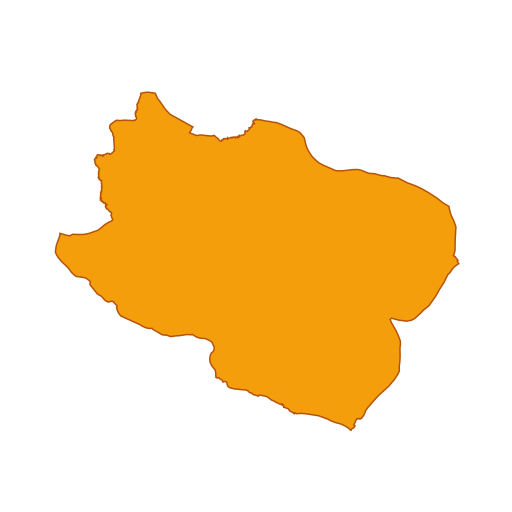 Nong Bun Mak, Nakhon Ratchasima, Thailand, rotated 294°
{"feature_id": "78962969B63002295822353", "entity_name": "Nong Bun Mak", "entity_type": "district", "adm_level": 2, "iso_a3": "THA", "parent_name": "Thailand", "parent_adm1": "Nakhon Ratchasima", "projection": "natural_earth1", "projection_center": [102.371, 14.724], "detail": "fine", "context": "isolated", "style": "filled", "palette": "amber", "viewbox_px": 512, "rotation_deg": 294, "n_neighbors": 0, "source": "geoboundaries", "source_scale": "gbopen_adm2", "svg_char_len": 5980}
<svg xmlns="http://www.w3.org/2000/svg" viewBox="0 0 512 512"><g transform="rotate(294 256 256)"><path d="M197.0,67.7L194.9,68.5L184.3,69.3L178.0,71.1L176.9,72.2L174.5,75.3L171.9,80.4L169.0,88.7L165.8,94.5L164.4,98.8L164.3,100.4L166.2,106.9L166.6,109.6L165.6,114.2L165.2,114.9L164.6,115.3L163.1,115.5L162.3,116.1L161.9,116.7L156.9,126.4L156.2,131.6L154.3,135.5L153.8,138.0L153.8,139.6L156.2,142.9L156.3,143.5L154.1,149.0L153.4,149.6L152.0,149.6L151.2,150.6L149.8,151.5L147.8,153.9L146.2,157.0L146.1,178.3L145.7,180.4L145.6,184.2L146.0,186.5L146.7,188.7L147.7,190.3L147.0,191.8L145.9,202.4L146.7,205.2L147.1,205.4L147.4,206.8L147.6,210.4L147.7,210.9L150.6,215.5L151.8,218.0L156.2,224.9L157.7,228.9L158.4,229.9L157.8,234.4L158.0,237.0L158.4,239.1L159.9,243.1L159.9,247.4L159.8,248.9L159.2,251.0L155.5,255.0L153.5,255.8L151.5,255.8L149.2,254.7L147.1,254.6L143.1,255.6L140.5,257.1L139.3,258.3L137.3,260.9L135.3,265.0L132.7,266.9L130.0,268.1L129.4,268.9L128.8,268.8L128.8,270.4L129.6,271.3L129.7,271.8L129.0,273.1L128.9,275.5L128.7,275.9L127.5,276.7L127.4,277.2L127.7,277.6L128.6,278.2L128.9,280.0L128.4,280.9L126.0,282.6L125.4,283.6L125.0,285.5L125.7,290.0L128.7,299.1L129.5,301.1L129.6,303.1L128.6,305.7L129.0,307.2L128.8,308.5L128.4,309.2L128.3,310.4L128.7,312.3L128.9,315.1L130.2,315.5L130.6,316.0L131.9,322.6L131.7,324.7L130.8,328.1L130.7,329.5L130.9,331.1L130.6,332.3L130.4,336.8L130.5,339.1L131.4,339.4L131.4,340.9L130.3,340.8L130.2,342.7L129.1,342.9L129.3,343.7L129.5,347.6L128.8,349.2L128.2,349.5L128.0,353.0L127.4,355.0L128.6,355.2L128.3,357.0L129.2,358.3L129.5,359.6L130.4,360.7L132.2,365.9L135.5,378.1L136.2,387.9L135.9,391.2L136.1,395.6L137.1,402.4L136.9,406.8L136.2,411.2L135.5,412.4L135.4,413.7L137.0,413.7L137.9,414.6L139.2,415.3L141.0,415.6L141.5,414.0L144.9,414.3L146.2,414.0L148.5,414.4L148.5,415.3L149.6,416.4L149.3,417.3L150.6,418.4L154.9,419.3L159.4,419.1L163.3,419.9L172.2,422.6L178.7,424.8L190.7,430.1L198.7,432.5L205.7,433.7L209.3,433.7L213.1,431.9L219.3,429.9L223.5,428.2L230.1,425.1L234.4,423.7L237.2,422.3L241.7,417.8L244.9,414.1L250.4,406.6L252.6,404.3L254.3,405.1L255.4,412.2L257.7,420.0L260.5,424.1L263.4,426.4L270.5,429.5L274.7,431.0L280.8,434.2L292.9,436.6L300.1,437.2L308.3,438.5L317.0,438.8L319.8,440.0L324.1,440.7L327.1,441.7L331.5,444.3L333.1,441.9L334.1,442.3L336.4,438.2L336.6,436.2L339.4,436.1L342.4,435.4L351.7,431.4L363.9,426.8L368.6,422.4L372.8,417.4L378.7,412.7L379.8,412.1L380.6,405.1L382.5,397.7L384.1,387.7L384.8,380.5L385.0,373.2L384.4,364.2L385.0,353.9L384.2,352.4L382.5,347.2L381.5,340.5L380.4,337.4L379.4,330.9L377.4,325.3L377.1,316.9L376.4,313.8L374.3,309.3L368.6,299.7L366.7,295.1L366.4,293.7L366.3,280.9L366.7,275.3L368.9,268.7L370.0,266.3L373.1,261.4L375.6,258.4L379.0,255.4L383.3,252.3L384.2,251.1L386.3,246.6L386.8,245.0L387.0,242.8L386.5,235.1L386.6,226.6L386.2,220.2L385.3,217.8L384.2,212.8L383.4,210.7L382.4,205.7L381.0,201.1L381.3,200.3L380.9,200.0L380.1,200.4L379.6,199.0L377.6,198.4L377.3,198.7L377.2,199.5L376.3,199.8L376.4,200.7L376.1,200.9L375.9,200.7L375.7,199.4L375.2,199.1L372.1,199.6L371.5,198.7L370.3,198.7L370.5,197.8L370.3,197.5L369.2,198.1L368.3,198.3L367.6,197.7L366.1,197.2L366.1,195.3L364.9,195.3L363.6,196.2L363.0,196.2L361.6,195.5L360.3,193.5L358.8,192.5L358.8,192.1L359.3,191.7L358.2,191.3L357.8,190.6L357.4,190.9L357.5,191.9L356.9,191.7L356.6,190.9L356.8,190.3L356.4,189.1L355.9,189.6L355.5,189.4L355.7,187.2L355.5,186.7L354.3,186.4L354.1,185.9L354.3,184.9L353.2,184.3L352.7,183.3L352.1,183.1L352.5,182.0L351.2,182.3L351.3,181.0L350.2,180.2L350.4,179.4L350.3,178.9L349.7,178.5L348.7,178.7L348.0,177.5L346.9,177.8L346.6,177.5L346.5,175.9L347.9,173.4L348.2,171.5L348.8,170.1L349.1,168.4L348.5,168.0L347.4,166.3L346.6,164.1L344.0,155.9L342.2,153.3L341.9,152.4L341.5,145.1L344.2,145.6L347.2,145.5L348.2,145.9L350.5,119.8L353.2,113.4L357.6,106.3L359.9,101.9L363.7,97.9L362.1,91.7L360.4,88.2L357.7,84.5L356.5,85.3L349.5,85.7L349.0,86.3L348.0,86.2L347.7,85.7L345.9,85.6L344.5,86.7L343.9,86.7L343.5,87.1L343.0,87.1L343.0,87.4L342.6,87.8L341.5,88.0L341.2,87.7L340.3,88.0L339.9,87.9L339.6,87.3L339.1,87.4L338.4,88.2L337.6,87.5L335.8,88.4L335.4,89.3L334.5,89.3L333.6,90.8L332.7,91.1L331.2,90.6L330.8,90.3L330.7,89.6L330.2,89.6L329.9,89.0L326.6,80.6L324.3,76.5L323.5,73.8L322.7,72.8L316.8,69.5L315.2,69.6L313.3,70.3L311.8,72.5L311.4,72.5L310.7,74.1L309.8,75.3L307.7,76.5L306.6,78.1L305.6,78.1L298.1,82.2L296.3,83.0L295.4,82.9L294.8,83.9L294.2,83.8L289.6,81.6L289.5,81.2L290.0,80.1L289.4,79.3L289.3,78.3L288.5,78.0L288.1,77.3L286.8,76.3L286.0,75.1L285.3,75.7L284.9,75.6L284.9,74.8L285.3,73.3L284.3,72.7L284.6,71.5L284.0,70.0L283.3,70.1L282.8,69.9L282.1,70.1L281.6,69.8L281.2,70.5L280.6,70.5L280.5,70.3L280.7,70.1L280.7,69.7L280.2,69.8L279.2,69.2L278.1,69.3L277.1,70.4L276.5,70.5L276.3,70.8L275.4,71.1L275.0,72.1L273.9,72.8L273.5,74.0L273.5,74.8L271.6,77.6L271.2,77.5L270.5,77.9L269.5,77.7L269.0,78.2L268.2,78.2L267.4,78.9L266.8,78.8L265.9,79.2L265.3,79.9L264.3,79.9L263.9,80.3L263.5,80.0L263.2,80.5L263.3,81.1L262.6,81.2L262.1,82.0L262.1,82.6L262.3,82.9L261.8,83.3L261.7,84.0L261.9,84.3L259.2,85.3L259.0,85.8L257.8,86.2L257.7,86.5L257.0,86.9L256.2,86.7L256.0,87.3L255.2,87.4L254.9,87.8L253.0,88.1L252.5,88.5L252.2,88.2L251.5,88.3L250.9,88.9L250.3,88.4L249.8,89.0L248.3,89.2L248.2,89.6L247.6,89.6L247.3,90.1L246.5,90.2L246.0,90.9L245.6,90.3L245.3,91.2L245.0,91.4L244.8,91.0L244.4,91.3L244.0,91.1L244.0,91.9L243.1,92.4L243.2,92.8L243.6,93.0L243.4,93.8L243.1,93.9L243.1,94.5L242.8,94.4L242.6,94.7L242.5,95.8L243.1,96.3L242.2,97.5L242.3,98.2L242.6,98.5L242.6,98.8L242.0,98.6L241.7,99.0L241.3,98.7L241.2,98.2L240.5,98.0L240.0,98.6L239.1,99.0L239.1,99.7L238.7,100.0L238.8,100.4L238.2,100.8L238.5,101.5L237.0,104.3L237.3,105.1L236.7,105.8L236.6,106.4L236.0,106.9L234.2,106.9L231.5,109.7L231.3,110.3L230.8,110.3L230.3,110.0L229.7,110.1L226.0,107.0L222.9,105.0L216.3,101.8L215.0,100.9L208.5,94.0L205.5,89.6L203.4,85.0L201.3,79.7L198.7,77.7L197.9,74.6L197.0,67.7Z" fill="#f59e0b" stroke="#b45309" stroke-width="1.5"/></g></svg>